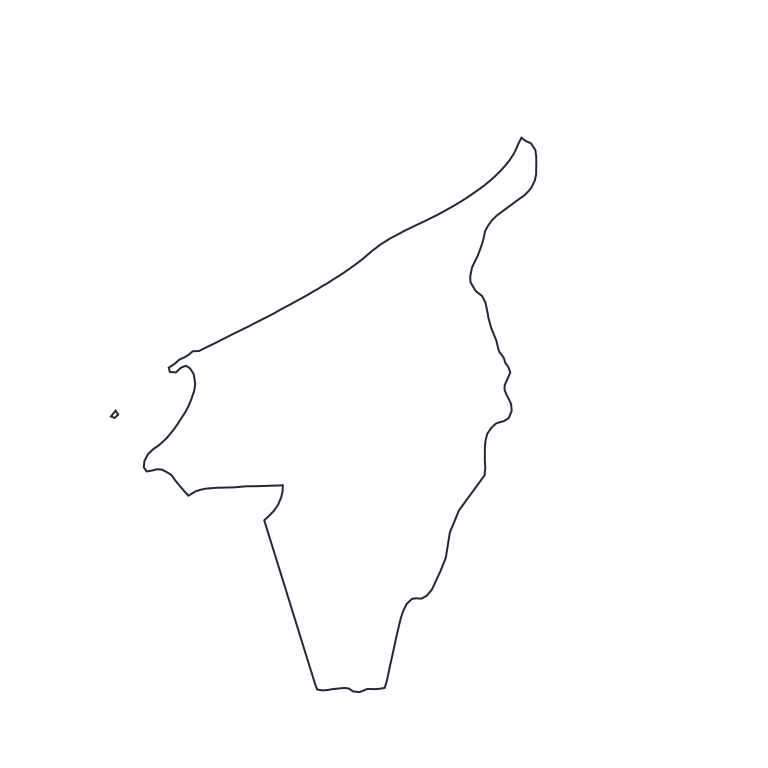 outline of São Francisco do Sul, Santa Catarina, Brazil, rotated 219°
{"feature_id": "56859067B10973410912110", "entity_name": "São Francisco do Sul", "entity_type": "district", "adm_level": 2, "iso_a3": "BRA", "parent_name": "Brazil", "parent_adm1": "Santa Catarina", "projection": "equal_earth", "projection_center": [-48.617, -26.291], "detail": "fine", "context": "isolated", "style": "outline", "palette": "slate", "viewbox_px": 768, "rotation_deg": 219, "n_neighbors": 0, "source": "geoboundaries", "source_scale": "gbopen_adm2", "svg_char_len": 2711}
<svg xmlns="http://www.w3.org/2000/svg" viewBox="0 0 768 768"><g transform="rotate(219 384 384)"><path d="M347.8,504.1L356.4,511.1L363.1,514.1L371.4,514.0L380.8,517.5L384.5,521.6L388.9,529.8L390.5,536.5L391.9,542.9L395.8,554.2L398.7,560.8L401.7,566.6L402.7,572.0L403.2,578.4L402.3,586.2L399.7,596.1L396.7,608.0L393.7,618.9L393.1,624.3L393.0,629.3L394.8,636.8L397.7,642.7L405.9,653.1L409.1,656.8L413.6,661.1L421.2,663.5L427.0,662.0L432.2,661.9L430.7,655.0L428.8,648.3L427.9,643.5L427.2,636.6L427.2,629.8L427.6,622.7L428.6,614.1L429.6,608.5L431.1,601.0L433.4,592.5L435.4,585.6L437.2,579.7L439.4,573.4L441.0,568.8L442.7,564.4L445.5,557.4L448.8,549.3L452.4,541.6L454.9,536.0L458.3,529.1L461.7,521.8L464.7,515.5L466.9,510.1L470.9,500.8L474.7,489.6L475.8,484.8L477.1,479.6L478.5,471.7L480.3,463.1L482.5,455.0L484.1,449.2L486.4,441.5L489.5,432.7L491.6,426.0L493.5,421.5L495.1,416.5L497.0,411.9L499.9,403.9L503.6,395.0L506.6,387.5L509.2,381.6L511.6,375.8L514.0,369.6L517.2,362.2L519.6,356.9L522.8,349.9L525.6,343.2L527.8,338.6L529.8,334.2L532.0,329.6L534.0,325.1L536.0,320.7L538.4,315.4L540.8,309.9L542.8,305.6L545.0,301.0L548.6,293.1L553.2,289.2L554.2,283.9L556.2,278.3L558.4,274.3L559.4,267.9L561.6,261.2L557.9,258.6L553.0,262.1L552.0,268.9L549.4,273.5L544.8,274.1L538.6,272.2L534.4,268.7L530.6,265.0L527.4,259.7L525.7,255.1L524.0,250.5L522.1,244.2L520.8,237.8L520.1,231.7L519.2,223.0L518.8,217.4L518.7,211.6L518.8,205.4L519.5,200.0L520.5,194.4L522.3,188.3L523.3,181.1L521.6,173.2L518.2,168.0L513.3,166.7L509.5,171.2L506.7,175.0L502.7,177.7L498.1,178.7L492.1,179.5L485.5,177.7L479.8,176.5L471.8,175.0L465.7,174.1L463.0,181.7L460.3,186.0L457.0,190.1L452.8,194.2L448.8,198.0L435.4,209.4L426.8,217.7L418.5,224.6L412.4,229.8L407.9,233.8L402.7,238.2L398.9,241.6L395.1,236.5L392.5,231.1L390.3,223.3L389.8,216.4L390.2,210.5L391.3,202.7L249.1,107.7L243.7,104.5L239.1,107.1L235.3,110.6L231.9,114.6L227.8,118.6L223.5,122.9L219.5,125.3L214.8,125.6L209.2,129.0L204.8,136.8L199.8,140.5L195.4,144.6L192.2,148.3L194.6,154.1L196.6,158.4L202.0,168.8L204.1,173.1L212.0,188.9L214.3,193.2L218.4,201.7L221.2,207.5L223.8,213.2L226.2,219.6L228.0,227.4L227.0,234.8L223.8,238.0L220.0,240.6L217.6,246.0L217.4,254.0L218.8,260.0L220.6,266.8L222.4,274.3L226.6,287.8L239.4,310.1L246.2,333.0L248.4,376.4L252.4,382.4L258.1,388.7L266.0,398.6L269.4,403.8L272.4,410.2L273.0,417.5L272.0,424.2L267.5,430.6L265.6,435.9L267.8,443.4L272.6,448.4L277.1,450.6L282.3,452.8L286.9,455.6L289.5,459.1L291.1,465.2L293.1,472.4L297.9,475.4L302.9,476.7L307.4,479.7L311.1,480.7L314.8,481.6L318.3,484.0L324.0,488.4L336.2,495.2L344.6,501.2L347.8,504.1ZM575.8,187.0L572.0,188.1L571.3,192.9L575.8,194.4L575.8,187.0Z" fill="none" stroke="#1e293b" stroke-width="2"/></g></svg>